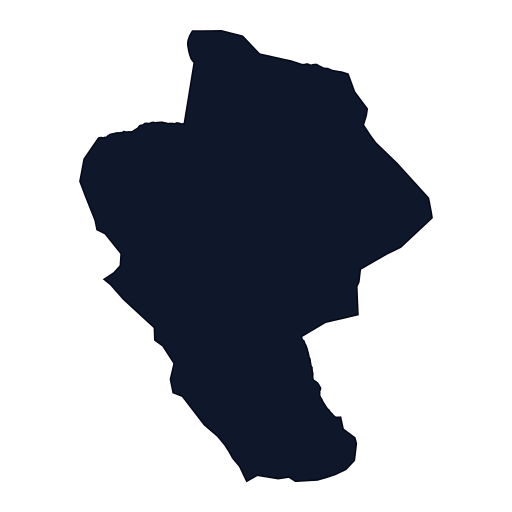 Manxan, Hovd, Mongolia (Mercator projection)
{"feature_id": "93677404B19560479814297", "entity_name": "Manxan", "entity_type": "district", "adm_level": 2, "iso_a3": "MNG", "parent_name": "Mongolia", "parent_adm1": "Hovd", "projection": "mercator", "projection_center": [92.211, 47.361], "detail": "fine", "context": "isolated", "style": "filled", "palette": "ink", "viewbox_px": 512, "rotation_deg": 0, "n_neighbors": 0, "source": "geoboundaries", "source_scale": "gbopen_adm2", "svg_char_len": 3650}
<svg xmlns="http://www.w3.org/2000/svg" viewBox="0 0 512 512"><path d="M98.1,138.6L84.1,159.0L79.9,181.3L85.6,196.4L95.1,220.3L97.0,229.7L105.1,233.7L121.1,253.7L120.3,265.7L114.0,272.7L104.0,279.3L110.6,284.6L123.5,299.3L142.6,316.9L154.3,327.6L154.8,340.1L162.8,345.9L174.1,363.4L170.4,379.3L173.1,392.7L182.4,396.3L204.2,424.7L217.7,436.3L224.7,444.8L229.1,451.6L232.7,458.1L239.7,466.5L243.8,475.2L246.7,481.3L257.3,475.3L278.2,478.7L289.0,477.1L295.4,481.3L317.5,480.0L326.8,477.3L335.5,474.4L345.9,469.4L354.4,460.4L356.4,443.6L354.9,437.8L346.4,431.5L343.2,429.1L340.6,417.1L339.8,417.3L339.3,417.3L338.7,417.2L338.4,417.2L337.9,417.4L337.3,417.3L335.8,417.3L335.3,417.1L335.2,417.0L335.0,416.9L334.8,416.7L334.2,416.2L333.8,415.8L333.1,415.1L332.5,414.3L330.2,412.0L328.9,410.0L327.3,408.7L325.4,405.8L322.9,401.8L322.6,401.2L322.2,400.3L321.5,398.8L320.7,397.8L320.1,396.5L319.6,394.8L319.6,394.0L319.8,393.2L319.7,392.5L319.7,391.6L319.8,390.8L320.1,390.1L320.5,389.2L320.6,388.6L320.4,387.7L319.7,386.4L317.8,383.3L317.2,382.8L315.7,381.5L314.4,380.8L313.4,380.0L313.0,379.1L312.8,378.1L312.7,376.7L312.8,375.3L312.8,374.5L312.8,374.0L312.8,373.2L312.5,372.4L312.3,371.6L312.2,370.3L312.0,369.6L312.1,367.8L311.9,367.4L311.3,366.2L310.8,365.4L310.7,363.6L310.4,362.3L310.2,360.4L310.0,359.1L309.6,358.3L309.1,357.3L308.9,356.6L308.7,355.2L308.6,354.5L308.3,353.9L308.2,352.9L307.9,351.8L307.5,350.8L307.4,349.7L307.1,348.8L306.5,347.2L305.9,345.4L305.2,344.2L304.7,343.3L304.3,342.0L303.9,341.0L303.7,340.6L302.9,340.3L302.5,339.9L302.1,339.4L302.0,338.7L301.8,338.2L301.6,337.6L301.7,337.1L301.5,336.5L325.4,322.3L358.0,314.7L356.8,286.5L358.9,281.9L360.4,269.2L386.4,254.2L400.7,247.2L432.1,217.8L431.3,212.6L428.5,198.1L396.8,163.2L375.6,142.7L370.3,135.5L363.4,125.0L366.3,115.4L367.3,108.9L354.6,91.9L348.1,74.1L342.3,72.2L332.8,70.6L332.3,70.5L330.7,69.8L329.2,69.1L327.4,68.5L324.8,68.4L322.9,67.9L321.1,66.8L319.0,66.0L317.8,65.2L317.0,64.6L315.8,64.4L314.6,64.5L312.8,64.7L311.3,65.2L310.1,65.1L308.3,64.2L307.2,64.0L306.3,64.0L304.9,64.5L302.2,64.6L300.3,64.0L291.1,61.0L283.1,59.3L259.5,54.0L242.6,36.2L221.1,30.7L215.0,30.9L202.6,31.0L192.5,31.0L191.1,33.3L189.6,36.1L188.1,40.4L187.7,43.4L187.9,46.0L188.4,48.7L188.7,50.7L189.4,53.4L190.3,56.4L191.1,58.6L191.9,59.8L192.8,61.0L194.2,62.6L192.3,74.2L189.3,92.8L184.2,123.8L183.7,123.9L183.0,123.9L182.1,123.9L181.2,124.0L180.5,123.7L179.5,123.3L178.6,123.1L177.9,123.0L177.0,122.9L176.5,123.0L175.6,123.4L175.2,123.6L174.6,123.8L174.1,123.8L173.2,123.5L172.5,123.4L171.5,123.4L170.5,123.4L169.3,123.4L168.8,123.6L168.3,123.6L167.7,123.6L167.2,123.4L166.4,123.1L164.7,122.8L163.4,122.6L162.7,122.3L161.9,122.2L160.7,122.3L159.8,122.3L159.0,122.4L158.2,122.5L157.1,122.5L155.8,122.8L155.2,122.7L154.5,122.6L153.1,122.3L152.0,122.5L151.4,122.6L150.7,122.9L149.3,123.6L147.8,123.4L146.5,123.3L145.7,123.3L144.7,123.6L143.6,124.4L142.5,125.1L141.2,125.2L139.9,125.6L139.3,126.2L137.9,128.0L137.2,128.6L134.4,130.2L133.1,131.2L131.7,131.9L130.6,131.9L129.0,131.8L128.0,131.9L126.9,132.0L125.7,132.0L124.9,131.8L124.2,131.5L123.9,131.5L123.4,131.7L122.7,132.2L122.0,132.8L121.2,132.7L120.5,132.6L119.8,132.8L119.2,132.9L118.6,133.0L118.2,132.8L117.8,132.8L117.2,132.8L116.6,133.0L116.1,133.1L115.5,133.1L115.0,133.3L114.4,133.5L113.5,133.8L112.5,133.9L111.8,134.0L111.2,134.2L110.6,134.3L110.1,134.4L109.1,135.1L108.9,135.4L108.4,135.5L107.9,135.8L107.1,136.7L106.4,137.2L105.9,137.4L104.9,137.4L104.4,137.4L104.0,137.7L103.0,138.0L102.3,137.8L101.3,137.5L100.7,137.5L100.1,137.7L99.8,137.6L99.1,137.7L98.5,138.2L98.1,138.6Z" fill="#0f172a" stroke="#020617" stroke-width="1.5"/></svg>